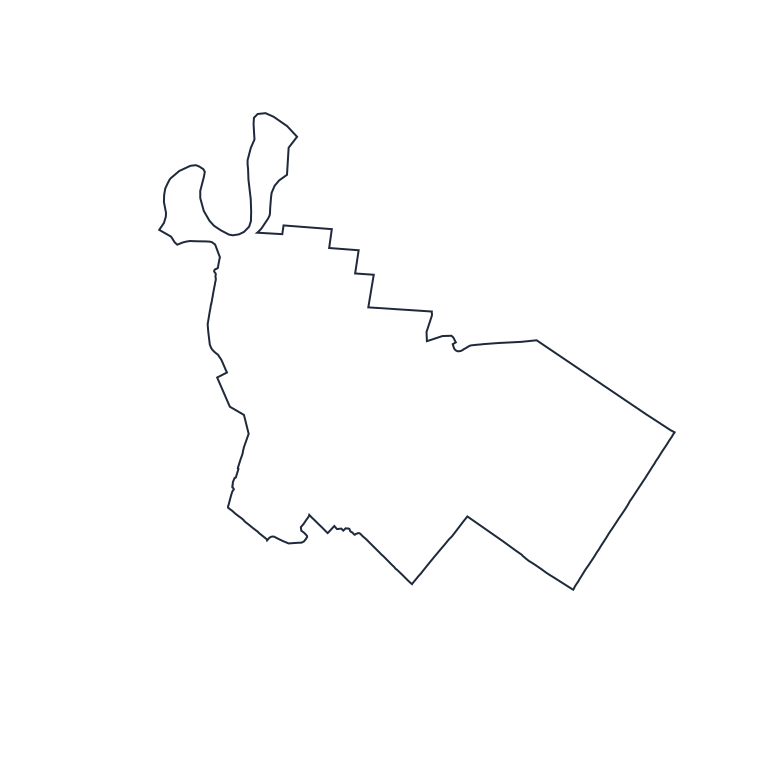 Piscu, Galati, Romania, rotated 116°
{"feature_id": "2599482B99820264083382", "entity_name": "Piscu", "entity_type": "district", "adm_level": 2, "iso_a3": "ROU", "parent_name": "Romania", "parent_adm1": "Galati", "projection": "robinson", "projection_center": [27.723, 45.527], "detail": "fine", "context": "isolated", "style": "outline", "palette": "slate", "viewbox_px": 768, "rotation_deg": 116, "n_neighbors": 0, "source": "geoboundaries", "source_scale": "gbopen_adm2", "svg_char_len": 6130}
<svg xmlns="http://www.w3.org/2000/svg" viewBox="0 0 768 768"><g transform="rotate(116 384 384)"><path d="M575.8,420.5L572.4,419.6L571.0,418.6L570.3,417.8L569.8,417.0L569.4,415.9L569.5,412.0L569.5,406.3L569.1,399.8L565.8,394.1L564.0,391.0L562.8,388.6L562.5,388.4L560.9,387.1L559.8,386.7L558.9,386.6L558.0,386.3L556.6,386.2L555.3,386.0L554.4,386.5L553.9,387.4L552.7,390.7L552.1,394.0L549.1,396.0L545.4,395.0L544.0,394.8L540.5,394.3L539.7,394.2L538.4,393.9L537.5,393.8L536.3,393.6L535.6,393.6L534.9,393.7L534.4,393.8L535.3,391.3L536.0,389.5L536.2,388.6L539.2,379.7L539.8,377.7L541.3,373.4L541.8,372.0L542.3,370.6L542.6,369.6L542.7,369.3L541.3,368.8L533.4,366.4L534.4,364.2L535.0,362.6L534.7,362.1L534.3,361.5L533.9,360.9L533.5,360.4L533.3,360.0L533.0,359.5L532.7,359.0L532.9,358.3L533.3,357.3L533.6,356.3L530.5,355.2L530.5,354.9L530.4,354.6L530.2,354.1L529.8,353.5L529.6,352.7L529.4,352.4L529.4,352.0L529.5,351.5L529.6,351.3L529.8,351.2L530.4,350.5L530.8,350.1L531.0,349.8L531.1,349.7L531.3,349.2L531.3,348.6L531.4,348.2L531.3,347.6L531.6,346.7L531.8,346.1L532.3,344.9L532.4,344.4L532.2,344.1L531.8,343.8L531.1,343.5L530.7,343.2L530.2,342.7L529.6,342.1L529.0,341.1L528.9,340.5L529.0,339.9L529.1,339.2L529.4,338.5L529.9,337.4L530.0,336.9L530.6,334.8L531.2,332.4L532.1,329.7L533.0,327.2L533.6,325.4L534.3,323.4L536.3,317.5L536.5,317.0L537.1,315.1L537.2,314.8L538.3,311.8L538.4,311.5L538.8,310.0L539.1,309.0L539.5,307.7L539.8,306.9L540.4,305.3L541.0,303.5L543.1,297.6L543.8,295.3L544.2,294.1L544.9,292.9L545.2,291.4L545.3,290.7L545.5,290.2L546.3,287.6L546.4,287.3L546.8,286.1L547.7,283.3L550.2,276.1L550.7,274.4L551.3,272.4L551.6,271.1L551.3,271.1L550.0,270.8L547.9,270.3L544.8,269.5L542.3,269.0L540.2,268.4L538.4,267.8L535.8,267.3L534.5,267.0L530.5,266.1L528.3,265.6L525.8,265.0L523.1,264.4L521.5,264.0L518.0,263.2L516.1,262.7L514.0,262.2L512.9,261.9L512.4,261.8L511.3,261.5L510.0,261.2L506.0,260.2L503.4,259.5L501.0,258.9L496.7,257.9L494.5,257.3L492.0,256.4L490.6,256.0L485.2,254.9L475.2,252.9L473.2,252.5L466.5,251.0L473.1,208.7L476.0,192.4L477.1,185.1L477.4,184.6L477.8,183.7L477.9,183.0L478.7,180.0L479.5,176.4L480.0,171.3L480.5,167.5L481.4,161.4L482.4,156.0L483.1,150.5L483.3,148.0L486.0,123.8L484.5,123.6L483.1,123.7L480.5,123.5L478.1,123.1L475.8,122.8L473.6,122.7L469.2,122.2L464.8,121.8L462.0,121.5L457.1,120.7L450.4,119.8L446.5,119.3L442.1,118.9L438.1,118.3L436.3,118.2L431.9,117.7L428.8,117.3L424.6,116.8L421.2,116.5L419.9,116.4L413.1,115.4L409.2,114.9L405.2,114.4L401.3,113.9L397.4,113.3L393.2,112.7L389.2,112.2L385.3,111.8L381.8,111.7L378.7,111.2L374.3,110.6L370.3,110.1L366.3,109.6L361.8,109.0L357.9,108.5L354.3,108.0L350.3,107.6L346.4,107.1L342.4,106.7L339.0,106.3L337.3,106.0L334.7,105.9L333.3,105.7L331.8,105.5L330.7,105.3L328.1,105.0L327.5,105.0L323.4,104.5L322.1,104.4L321.5,104.3L317.5,103.7L313.4,103.2L309.4,102.8L305.4,102.2L301.5,101.9L300.7,101.6L300.0,101.6L299.9,106.2L296.3,135.2L293.3,156.4L277.8,266.0L286.0,279.2L297.1,299.3L304.5,312.0L306.0,314.3L307.8,317.4L310.7,322.0L311.7,323.4L313.0,324.4L314.6,325.4L316.3,326.5L318.0,327.7L318.6,328.0L319.5,328.5L320.1,329.0L320.8,329.7L321.6,330.8L322.0,331.5L322.3,332.3L322.4,333.6L322.1,334.9L321.4,336.5L318.1,339.7L315.1,337.7L311.8,342.1L311.1,344.6L315.3,352.5L326.7,364.2L318.6,368.6L301.7,370.9L300.1,371.5L298.7,372.5L297.9,372.8L322.0,431.7L290.3,441.1L297.3,458.4L274.9,465.4L285.8,492.9L267.7,498.8L285.5,543.8L293.9,541.1L303.6,564.3L302.3,563.7L298.7,562.5L297.1,562.2L286.0,560.7L285.2,560.7L283.4,560.7L282.2,560.8L280.6,561.3L275.6,563.5L265.9,567.3L261.5,568.8L253.8,569.2L247.0,567.5L238.5,562.9L213.4,573.3L199.9,570.5L194.7,584.1L192.2,600.3L192.5,609.2L196.7,615.9L201.7,617.6L207.3,615.3L215.0,611.0L221.0,607.6L230.3,607.2L242.7,604.7L246.7,602.7L250.2,600.5L259.6,595.5L276.3,584.8L287.0,579.1L296.0,575.0L301.8,574.2L308.7,576.5L313.1,580.0L316.6,585.0L317.7,588.9L317.4,598.0L316.3,606.2L313.8,612.4L307.5,621.8L297.5,630.6L291.0,633.8L276.7,636.7L271.8,638.1L270.1,640.6L269.5,645.6L269.8,649.0L272.8,653.7L282.3,661.4L292.8,666.0L294.5,666.3L298.9,666.4L304.2,666.3L310.4,664.5L316.9,661.6L325.8,654.9L329.4,653.4L335.7,652.4L344.0,653.6L344.9,640.0L348.5,634.1L349.4,630.9L344.9,626.8L342.5,623.9L340.5,621.0L338.8,617.1L336.8,612.7L334.3,607.4L332.9,604.2L332.1,601.9L332.0,600.5L332.7,596.9L341.5,587.6L342.1,587.0L344.0,586.6L348.5,585.4L350.2,584.9L352.1,584.3L352.6,584.2L352.9,584.4L353.3,584.7L353.7,585.0L353.9,585.0L354.1,585.3L354.5,585.7L354.8,586.0L355.2,586.1L355.9,586.3L356.3,586.3L356.6,586.3L357.0,586.2L357.4,585.9L357.5,585.7L357.8,585.2L358.1,584.5L358.3,584.1L358.6,583.7L359.1,583.3L359.6,583.1L360.5,582.9L361.3,582.6L361.7,582.4L362.1,582.1L362.6,581.6L363.1,581.3L364.3,580.8L365.1,580.6L367.0,580.2L367.9,579.9L369.5,579.4L370.9,579.1L372.6,578.6L375.6,577.8L378.5,577.0L381.4,576.1L382.0,576.0L384.6,575.2L386.1,574.8L386.9,574.6L387.8,574.3L388.0,574.5L389.3,574.1L392.2,573.2L395.5,572.3L398.9,571.3L402.2,570.3L405.6,569.3L406.9,568.9L407.7,568.6L408.8,568.0L412.0,566.1L415.1,564.2L418.2,562.2L421.3,560.2L424.4,558.2L425.1,557.7L425.7,557.0L426.2,556.5L427.3,555.2L428.2,553.8L428.6,552.9L428.9,552.2L429.3,551.0L429.7,549.7L430.0,548.4L430.3,547.0L430.6,545.7L431.4,544.6L432.4,542.7L433.2,541.4L434.1,540.1L435.1,538.9L435.5,538.5L438.8,534.6L439.7,533.6L441.0,532.1L442.5,530.2L451.3,536.8L472.0,512.6L473.2,496.3L488.1,483.8L502.2,482.2L504.3,481.7L505.8,481.4L509.0,480.5L509.9,480.4L512.2,480.1L513.1,480.1L522.6,478.7L523.9,478.4L524.1,477.6L533.0,476.2L533.3,476.3L533.7,476.9L534.3,477.1L535.1,477.0L537.0,476.9L538.5,476.8L540.0,476.1L540.5,476.0L540.9,476.0L541.2,475.9L541.5,475.7L541.8,475.4L542.1,475.4L542.5,475.4L542.8,475.4L543.2,475.1L543.4,474.9L543.4,474.5L543.5,474.2L543.8,473.7L544.4,472.8L545.4,472.9L546.0,473.1L547.1,473.2L550.5,472.7L552.8,472.3L560.7,470.7L561.9,470.6L562.8,470.3L563.5,470.0L564.3,466.4L564.4,465.3L564.9,463.5L565.6,461.2L565.8,460.5L566.3,457.7L566.7,455.9L566.9,454.4L567.0,453.7L567.9,450.4L568.5,449.2L568.9,447.8L569.6,444.3L571.0,438.4L572.2,432.2L572.7,431.3L574.9,421.4L575.8,420.5Z" fill="none" stroke="#1e293b" stroke-width="2"/></g></svg>